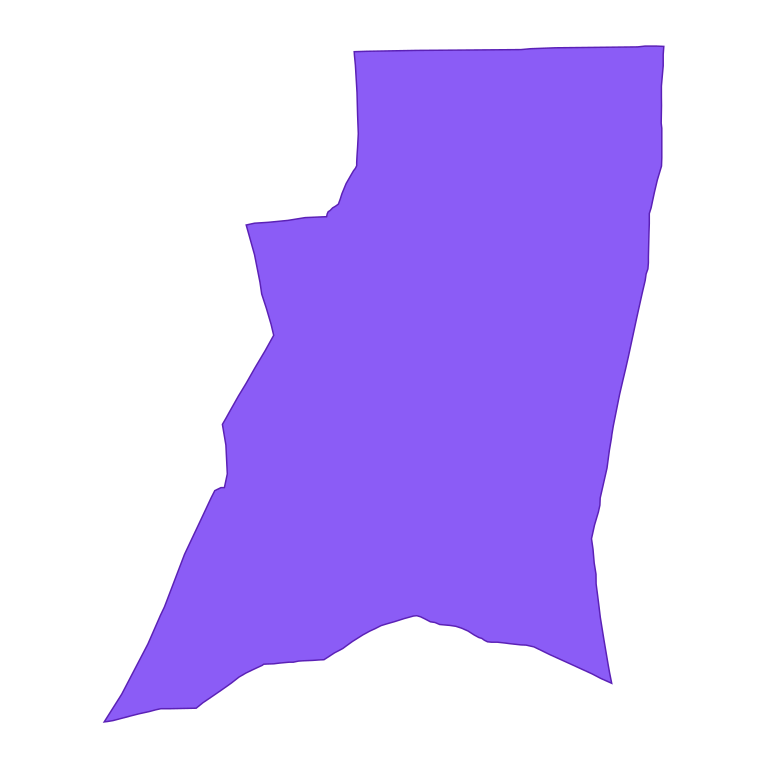 the district of Al-Chibayish, Dhi-Qar, Iraq
{"feature_id": "34846034B42892596396596", "entity_name": "Al-Chibayish", "entity_type": "district", "adm_level": 2, "iso_a3": "IRQ", "parent_name": "Iraq", "parent_adm1": "Dhi-Qar", "projection": "equal_earth", "projection_center": [46.896, 30.862], "detail": "fine", "context": "isolated", "style": "filled", "palette": "violet", "viewbox_px": 768, "rotation_deg": 0, "n_neighbors": 0, "source": "geoboundaries", "source_scale": "gbopen_adm2", "svg_char_len": 2415}
<svg xmlns="http://www.w3.org/2000/svg" viewBox="0 0 768 768"><path d="M104.2,721.9L107.6,721.5L113.0,720.6L130.0,716.1L139.0,713.8L149.1,711.6L155.8,709.8L160.9,708.7L170.5,708.7L186.0,708.4L196.2,708.2L202.8,702.8L213.4,695.6L222.4,689.4L231.3,683.1L239.1,677.0L246.0,673.0L252.2,670.0L256.9,667.8L262.3,665.3L263.7,664.2L267.5,664.0L273.9,663.8L279.3,663.1L289.1,662.2L293.3,662.2L298.5,661.1L302.7,660.8L312.7,660.4L319.6,659.9L324.0,659.7L334.6,652.8L342.8,648.5L346.7,645.6L352.4,641.5L363.0,634.8L366.9,632.7L369.6,631.2L375.8,628.3L381.1,625.6L386.3,624.0L394.7,621.6L404.1,618.6L413.6,616.0L416.8,615.7L420.6,616.8L424.9,618.9L430.4,621.8L435.0,622.5L439.7,624.5L449.8,625.4L455.8,626.3L461.4,628.1L468.0,631.0L474.2,635.0L478.8,637.5L481.8,638.4L484.3,640.2L487.5,641.8L491.6,642.2L497.4,642.2L505.6,643.1L509.2,643.6L521.0,644.9L526.1,645.1L534.0,646.9L550.2,654.8L569.4,663.5L592.1,673.9L601.1,678.6L609.7,682.4L611.7,683.3L609.6,672.8L608.1,664.4L603.9,639.6L600.3,617.3L599.1,607.3L597.6,595.3L596.1,583.8L596.0,574.2L594.2,563.0L593.0,549.1L591.5,538.7L592.4,534.7L594.5,525.1L598.4,512.0L599.9,505.2L600.2,498.0L607.0,468.1L609.4,450.2L611.5,437.8L611.8,435.0L613.3,425.9L619.6,394.4L623.0,379.8L625.5,369.3L628.5,356.1L636.8,317.5L642.2,293.2L645.2,280.4L646.1,274.0L647.9,268.9L648.4,262.9L648.4,256.9L649.0,232.2L649.3,223.5L649.3,216.7L649.3,213.5L651.1,207.9L652.3,202.2L654.4,192.4L657.3,180.1L661.5,166.1L661.8,157.8L661.8,149.8L661.8,140.3L661.8,133.1L661.8,128.3L661.2,123.1L661.5,105.6L661.4,96.9L661.4,93.7L661.4,90.5L661.4,86.1L663.2,65.8L663.2,54.7L663.8,46.4L656.6,46.1L648.8,46.1L644.9,46.1L637.7,46.9L555.6,47.8L530.8,48.7L521.0,49.6L459.5,50.1L417.3,50.4L366.4,51.3L354.2,51.7L354.4,54.9L355.4,65.2L357.0,92.4L357.6,115.0L358.3,133.7L357.6,147.0L357.0,156.3L356.7,162.3L356.7,165.7L355.4,168.3L353.5,170.8L351.5,174.2L346.1,183.6L341.9,193.8L340.3,198.9L338.4,204.1L335.5,206.2L332.6,207.9L330.1,210.5L328.2,211.7L327.2,213.9L326.6,216.7L326.0,216.7L305.2,217.6L287.9,220.4L268.4,222.3L254.5,223.2L246.2,225.0L254.5,254.6L260.0,282.4L261.7,294.0L266.4,308.4L271.1,324.4L273.7,335.3L265.2,350.6L255.2,367.4L246.1,383.4L238.5,395.9L229.8,411.3L226.2,417.8L222.4,424.4L225.9,445.1L227.3,473.9L224.4,487.6L221.0,487.6L214.8,490.6L211.3,497.5L199.9,521.8L184.5,554.4L164.5,606.8L160.5,615.2L147.9,644.0L121.7,694.2L104.2,721.9Z" fill="#8b5cf6" stroke="#5b21b6" stroke-width="1.5"/></svg>